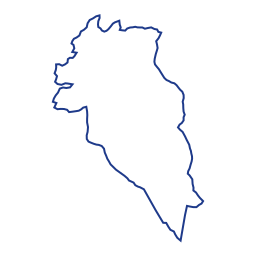 Morro Grande, Santa Catarina, Brazil
{"feature_id": "56859067B32149650362848", "entity_name": "Morro Grande", "entity_type": "district", "adm_level": 2, "iso_a3": "BRA", "parent_name": "Brazil", "parent_adm1": "Santa Catarina", "projection": "mercator", "projection_center": [-49.747, -28.738], "detail": "fine", "context": "isolated", "style": "outline", "palette": "blue", "viewbox_px": 256, "rotation_deg": 0, "n_neighbors": 0, "source": "geoboundaries", "source_scale": "gbopen_adm2", "svg_char_len": 2303}
<svg xmlns="http://www.w3.org/2000/svg" viewBox="0 0 256 256"><path d="M186.7,139.9L185.1,136.5L182.6,131.9L180.0,129.7L178.0,127.4L179.6,124.6L181.8,123.0L183.6,120.4L183.6,117.2L184.7,114.7L183.6,111.6L183.3,108.1L183.2,104.4L182.7,101.7L183.7,98.1L183.6,94.9L182.3,91.7L180.1,89.7L178.5,87.7L176.6,85.2L174.4,83.3L171.3,82.5L169.0,81.1L166.5,80.0L164.3,77.9L162.6,75.2L160.9,72.5L158.9,69.2L156.8,66.7L155.0,64.4L154.4,61.8L154.7,58.8L155.8,54.0L156.9,50.5L157.6,48.0L157.0,44.4L156.2,41.2L158.5,38.3L160.0,35.4L161.2,32.6L158.4,31.9L157.1,29.5L154.4,29.0L151.2,27.4L147.9,28.0L144.9,28.7L142.4,27.5L137.6,27.4L135.2,26.8L132.8,27.3L130.1,27.5L127.2,28.5L125.2,30.6L122.2,30.3L119.8,29.9L120.7,27.4L119.7,24.5L119.3,20.7L117.2,21.5L115.0,22.3L112.9,23.6L110.6,26.6L108.4,29.2L106.5,30.8L104.3,31.6L101.9,30.5L100.5,28.4L98.3,27.0L98.0,24.4L98.3,21.2L99.6,18.0L99.5,15.4L96.2,16.3L92.8,18.5L89.7,20.0L87.6,23.3L86.7,27.3L83.9,29.8L80.9,31.5L79.4,35.5L76.6,37.5L73.9,38.8L72.4,41.0L71.5,43.5L73.5,44.9L74.3,48.3L72.3,52.0L76.6,52.7L74.4,56.2L72.7,57.9L69.9,57.8L67.9,59.1L67.5,62.5L65.0,64.4L62.2,65.7L59.2,64.2L56.1,64.4L56.2,67.4L55.8,70.0L54.6,73.3L57.0,76.1L56.1,79.3L55.1,81.8L57.5,84.0L61.5,84.8L65.3,83.3L67.6,83.5L72.5,84.3L70.0,87.4L66.3,88.0L63.0,87.5L59.8,88.6L58.0,92.6L55.7,95.4L53.9,98.5L52.9,101.8L56.4,103.0L54.3,107.5L57.5,109.2L60.5,108.9L64.0,109.0L67.1,109.8L69.1,112.1L72.3,111.7L75.8,111.2L78.8,110.7L81.1,109.4L83.2,107.6L86.3,106.8L87.1,111.4L87.3,115.1L87.1,119.1L87.1,122.4L88.0,127.1L87.6,131.9L86.7,135.3L86.8,139.0L88.5,141.6L91.0,142.7L93.8,143.8L96.4,144.6L98.8,144.9L101.7,146.0L104.0,148.7L104.8,152.6L106.2,155.8L107.3,158.7L108.9,161.3L110.6,164.4L116.0,169.7L124.5,175.8L127.4,178.3L129.0,180.5L131.2,181.5L133.6,182.6L135.3,185.2L137.9,186.6L140.1,187.3L143.9,189.3L155.7,210.3L163.2,222.8L166.2,222.9L168.4,226.8L170.4,229.8L173.9,231.5L175.2,234.4L177.3,237.8L180.6,240.6L185.0,215.2L187.0,205.9L189.8,206.5L193.2,207.1L196.5,207.1L199.1,204.9L201.5,203.6L203.1,201.1L199.9,197.9L198.0,195.5L196.0,192.5L193.4,190.5L193.5,187.6L192.6,184.0L192.3,179.3L189.6,175.4L187.8,173.7L188.2,171.2L189.6,168.4L190.6,164.7L191.6,161.5L192.1,158.7L192.0,156.2L191.3,153.4L190.9,150.9L190.0,148.5L189.2,144.7L186.7,139.9Z" fill="none" stroke="#1e3a8a" stroke-width="2"/></svg>